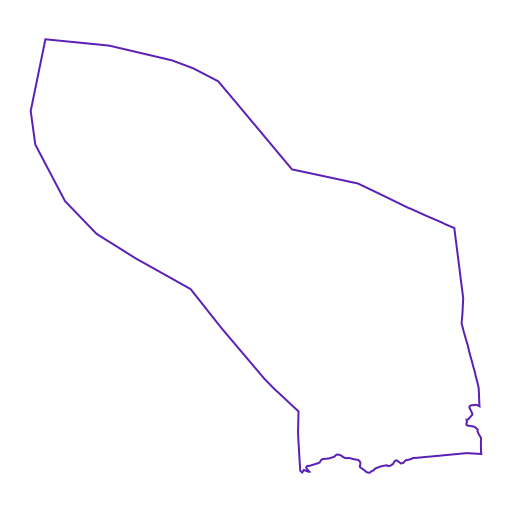 Tlacotepec Plumas, Oaxaca, Mexico (Mercator projection)
{"feature_id": "50627088B14217119498753", "entity_name": "Tlacotepec Plumas", "entity_type": "district", "adm_level": 2, "iso_a3": "MEX", "parent_name": "Mexico", "parent_adm1": "Oaxaca", "projection": "mercator", "projection_center": [-97.45, 17.871], "detail": "fine", "context": "isolated", "style": "outline", "palette": "violet", "viewbox_px": 512, "rotation_deg": 0, "n_neighbors": 0, "source": "geoboundaries", "source_scale": "gbopen_adm2", "svg_char_len": 2373}
<svg xmlns="http://www.w3.org/2000/svg" viewBox="0 0 512 512"><path d="M300.2,470.3L300.5,471.1L302.2,472.5L303.8,470.0L308.6,471.8L309.4,471.7L307.2,469.2L306.2,467.8L306.4,466.8L307.5,465.8L308.6,466.0L309.9,465.7L318.1,463.2L319.6,462.5L321.1,460.1L322.7,459.0L324.2,458.9L328.8,458.5L334.2,456.8L335.2,455.8L336.6,454.6L337.8,454.6L340.0,455.0L342.4,456.3L342.9,457.1L344.5,457.6L345.3,458.2L346.9,458.1L349.3,458.0L353.3,459.1L358.4,460.0L359.9,461.7L360.3,462.6L360.4,464.0L359.8,466.3L360.1,467.3L364.4,470.2L365.5,471.3L366.4,472.0L368.3,472.7L370.0,472.6L371.1,471.5L373.6,470.3L374.5,469.1L376.8,467.7L377.6,467.7L380.3,466.5L385.3,465.5L386.9,465.3L387.6,466.0L388.0,466.1L390.7,465.6L392.1,464.4L392.8,464.3L392.9,464.2L393.0,464.1L394.4,461.5L395.0,460.9L395.9,460.4L396.8,460.4L398.9,461.9L401.0,463.5L403.3,462.9L404.7,461.2L405.2,460.7L406.8,459.8L407.6,460.1L408.2,459.9L409.6,459.4L411.3,459.0L413.0,458.0L414.5,458.0L416.9,457.8L419.1,457.6L421.3,457.4L422.7,457.2L430.0,456.6L435.9,456.0L439.0,455.8L440.9,455.6L442.5,455.4L466.9,453.1L481.3,454.0L481.0,451.1L480.9,443.4L481.0,439.1L481.0,437.8L478.9,434.4L477.5,431.5L477.8,430.5L477.6,429.5L477.1,429.1L475.7,427.7L473.3,426.4L471.8,426.3L470.2,425.9L469.9,425.9L468.8,425.9L466.7,425.2L466.6,424.8L466.4,423.6L466.4,423.4L466.9,422.3L466.7,420.5L466.6,419.8L467.1,420.0L467.8,419.7L472.4,414.6L472.0,412.9L469.8,408.4L469.4,407.8L469.4,407.3L469.7,406.2L470.3,405.7L471.4,405.3L476.5,404.8L479.5,406.3L479.4,405.5L479.2,400.4L478.9,392.5L478.9,392.3L478.9,392.2L478.8,391.3L478.7,387.9L478.2,386.3L477.6,383.2L475.9,376.8L474.7,371.5L473.1,366.0L471.8,360.9L471.1,358.6L470.3,355.7L468.9,350.4L467.7,345.1L465.8,338.8L463.9,332.3L462.4,326.4L461.6,323.6L461.7,321.9L461.8,320.9L462.5,312.7L463.2,298.2L456.6,246.2L456.4,244.3L455.9,240.9L455.7,239.3L454.3,228.0L450.6,226.5L450.1,226.3L444.4,223.8L442.8,222.9L426.9,216.1L410.1,208.5L409.4,208.4L403.8,205.7L382.7,195.4L357.9,183.5L292.0,169.4L235.3,101.6L218.2,81.3L193.1,68.3L172.1,60.4L109.0,45.6L45.4,39.3L30.7,111.0L35.3,144.6L65.0,201.1L96.6,233.9L135.7,258.4L190.6,289.1L221.3,327.9L264.3,378.7L274.0,388.6L282.0,396.0L292.0,405.4L294.5,407.7L298.5,411.4L298.3,420.5L298.1,429.3L298.0,433.4L298.2,436.4L298.6,443.8L298.9,448.4L299.0,450.8L299.0,451.1L299.4,457.2L299.5,458.8L300.2,470.3Z" fill="none" stroke="#5b21b6" stroke-width="2"/></svg>